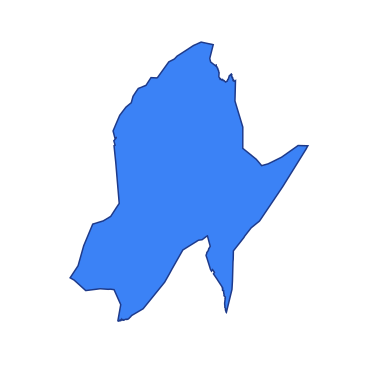 outline of Dovre nor, Oppland, Norway, rotated 109°
{"feature_id": "86288312B94593147545538", "entity_name": "Dovre nor", "entity_type": "district", "adm_level": 2, "iso_a3": "NOR", "parent_name": "Norway", "parent_adm1": "Oppland", "projection": "robinson", "projection_center": [9.548, 62.115], "detail": "fine", "context": "isolated", "style": "filled", "palette": "blue", "viewbox_px": 384, "rotation_deg": 109, "n_neighbors": 0, "source": "geoboundaries", "source_scale": "gbopen_adm2", "svg_char_len": 4875}
<svg xmlns="http://www.w3.org/2000/svg" viewBox="0 0 384 384"><g transform="rotate(109 192 192)"><path d="M294.7,120.3L271.1,122.5L262.9,124.8L244.4,130.6L242.3,131.1L234.2,133.7L218.1,128.1L216.8,127.9L206.6,124.4L197.6,118.8L196.7,118.5L157.5,108.0L131.7,102.1L114.2,98.1L112.1,97.8L110.6,97.5L113.5,106.8L130.0,118.7L140.6,129.2L144.4,134.7L140.1,142.0L134.2,158.2L114.1,165.1L92.0,181.0L72.7,187.1L73.4,187.5L73.5,187.6L73.5,187.8L73.3,188.0L73.2,188.1L73.5,188.5L73.4,188.8L73.2,188.9L73.0,189.0L72.8,189.1L73.1,189.3L73.2,189.5L72.9,189.7L72.5,189.8L72.0,190.0L71.8,190.1L71.5,190.5L71.3,190.6L71.1,190.6L71.1,190.8L70.6,191.0L70.5,191.3L70.6,191.5L70.1,191.7L70.0,191.8L69.8,191.8L69.7,191.9L69.7,192.0L69.4,192.2L69.4,192.3L69.5,192.4L69.5,192.5L69.3,192.5L69.2,192.5L68.9,192.5L68.7,192.6L68.3,192.5L68.2,192.5L68.2,192.8L68.3,193.1L68.2,193.2L67.8,193.3L68.0,193.5L68.6,193.8L69.1,194.0L70.1,194.6L70.4,194.6L70.8,194.5L71.0,194.5L71.4,194.5L72.2,194.5L72.4,194.5L73.0,194.4L73.3,194.4L73.5,194.4L73.8,194.7L73.9,194.8L74.1,194.8L75.2,194.8L75.5,194.8L75.8,194.9L75.9,195.1L76.1,195.2L76.2,195.4L77.0,195.9L77.1,196.0L77.0,196.3L76.8,196.6L76.8,196.8L76.7,197.1L76.3,197.7L76.2,197.8L76.2,198.0L76.3,198.2L76.5,198.6L76.4,198.7L76.4,198.8L76.1,199.0L75.9,199.2L75.7,199.7L75.6,199.8L75.7,200.0L75.8,200.1L76.2,200.0L76.3,200.1L76.4,200.4L76.4,200.5L76.2,200.6L76.0,201.2L76.0,201.4L76.1,201.6L76.2,201.8L75.7,201.9L75.6,202.0L75.8,202.3L75.8,202.6L75.7,202.6L75.4,202.8L75.2,203.0L75.0,203.3L74.8,203.5L74.5,203.9L74.3,204.1L74.1,204.2L73.6,204.4L73.0,204.5L71.6,204.9L70.4,205.2L70.3,205.3L70.2,205.4L70.1,205.6L69.9,205.7L69.8,205.8L69.2,206.1L68.9,206.3L68.7,206.5L68.3,206.6L68.1,206.8L68.1,207.0L67.9,207.3L67.6,207.6L67.1,207.7L66.7,207.9L66.6,208.0L66.6,208.4L66.1,208.9L65.9,209.0L65.7,209.0L65.0,210.7L64.8,210.5L64.5,210.3L64.2,210.4L64.3,210.5L64.7,210.8L64.8,210.9L64.7,211.2L64.9,211.2L63.0,216.7L60.9,218.1L59.9,218.7L45.8,219.9L47.3,232.2L53.0,238.3L64.3,247.1L68.3,250.3L71.9,251.9L76.5,256.3L95.1,261.9L95.7,262.7L95.8,263.1L97.2,268.0L106.1,270.2L111.6,276.5L115.1,277.5L120.7,278.9L127.4,278.5L130.5,280.4L133.3,282.1L137.2,283.4L143.0,285.3L152.4,286.0L160.0,286.5L166.8,282.0L165.8,281.8L165.6,281.7L165.4,281.5L165.3,281.4L165.5,281.3L166.8,281.8L167.3,282.0L168.4,282.3L169.0,282.6L170.8,281.3L172.8,280.0L173.6,280.8L176.6,279.4L188.9,273.7L204.1,267.0L226.5,257.1L231.4,258.4L241.5,260.9L248.2,266.5L254.5,275.2L254.7,275.4L278.1,276.9L298.8,275.7L312.8,279.3L313.7,274.7L319.8,260.4L313.4,247.4L311.3,239.6L310.4,237.4L309.7,233.9L321.7,222.7L337.7,220.2L337.8,220.0L337.9,219.9L338.1,219.8L338.1,219.7L337.9,219.3L337.8,219.2L337.7,219.1L337.6,218.9L337.5,218.7L337.3,218.7L337.0,218.6L336.9,218.4L336.8,218.2L336.7,218.2L336.8,218.1L337.0,217.9L337.0,217.7L336.9,217.6L336.8,217.4L336.6,217.3L336.5,217.2L335.9,217.2L335.6,217.1L335.5,216.9L335.4,216.9L335.5,216.8L335.4,216.6L335.5,216.4L335.4,216.2L335.5,216.1L335.3,216.0L335.3,215.8L335.2,215.7L335.3,215.6L335.3,215.4L335.5,215.3L335.5,215.2L335.5,214.9L335.4,214.8L335.4,214.7L335.0,214.4L334.9,214.3L334.7,214.2L334.4,213.9L334.2,213.7L333.4,212.0L333.6,211.9L333.4,211.6L333.0,211.1L332.8,210.9L332.1,210.5L332.0,210.4L331.7,210.3L331.3,210.2L331.2,210.1L330.8,209.9L330.5,209.7L330.4,209.7L330.1,209.5L329.9,209.4L329.6,209.3L329.4,209.3L329.2,209.2L328.6,208.9L328.4,208.8L328.3,208.7L328.2,208.7L327.9,208.5L327.9,208.4L318.3,200.2L286.2,188.5L277.1,186.8L271.1,185.8L249.8,181.8L235.5,170.2L233.8,166.9L229.3,163.9L228.5,163.1L237.4,157.1L237.9,157.2L239.0,157.4L239.2,157.5L239.6,157.5L240.1,157.7L240.8,157.7L241.2,157.6L241.4,157.5L241.6,157.6L242.1,157.7L242.8,157.7L243.0,157.8L243.8,158.1L244.2,158.2L244.3,158.3L244.7,158.2L245.0,158.1L245.6,158.1L245.8,158.0L246.3,158.1L246.9,158.1L247.2,158.1L247.5,158.0L249.1,156.8L249.3,156.6L259.2,149.3L260.5,147.8L259.5,147.5L258.7,147.3L259.9,145.6L260.7,144.6L262.4,145.1L266.5,139.6L267.0,139.0L271.9,132.7L272.1,132.6L272.3,132.5L272.4,132.3L272.5,132.3L272.6,132.2L272.8,132.1L272.7,131.9L272.8,131.8L272.8,131.7L273.4,131.5L273.6,131.5L273.8,131.4L273.8,131.5L274.1,131.5L274.3,131.4L274.5,131.3L274.6,131.2L274.8,131.2L275.0,131.1L274.9,131.1L275.1,131.0L275.1,130.9L275.1,130.6L275.2,130.3L275.2,129.8L275.8,129.7L276.1,129.6L276.3,129.5L276.5,129.4L277.6,128.8L277.9,128.8L278.1,128.6L278.2,128.4L278.5,128.2L279.4,128.1L279.6,128.0L279.9,127.6L280.0,127.1L280.2,126.9L280.3,126.8L280.4,126.6L280.5,126.3L280.9,126.3L281.1,126.1L281.5,126.0L281.7,125.9L282.1,126.1L282.7,125.7L282.9,125.7L283.7,125.6L284.0,125.5L284.3,125.4L284.6,125.3L285.5,125.2L285.9,125.1L286.9,124.8L287.4,124.6L288.4,124.2L288.7,123.9L289.3,123.7L289.8,123.6L290.5,123.3L290.9,122.8L291.2,122.4L292.4,122.1L292.9,121.8L293.6,121.3L293.9,120.9L294.4,120.7L294.6,120.5L294.7,120.3Z" fill="#3b82f6" stroke="#1e3a8a" stroke-width="1.5"/></g></svg>